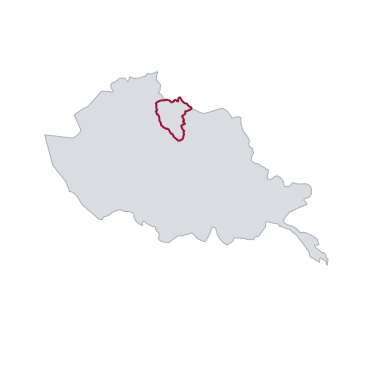 Afghanistan, with Badghis highlighted, rotated 57°
{"feature_id": "AFG-1741", "entity_name": "Badghis", "entity_type": "Province", "adm_level": 1, "iso_a3": "AFG", "parent_name": "Afghanistan", "parent_adm1": "", "projection": "mercator", "projection_center": [63.837, 35.271], "detail": "medium", "context": "in_parent", "style": "outline", "palette": "rose", "viewbox_px": 384, "rotation_deg": 57, "n_neighbors": 0, "source": "natural_earth", "source_scale": "10m", "svg_char_len": 5501}
<svg xmlns="http://www.w3.org/2000/svg" viewBox="0 0 384 384"><g transform="rotate(57 192 192)"><path d="M169.2,115.9L175.9,115.3L180.4,116.1L182.8,118.5L185.1,119.1L187.4,117.9L188.8,117.7L189.3,118.5L190.5,118.8L192.2,118.7L193.2,119.3L193.5,120.7L194.7,122.5L197.0,124.6L199.1,125.2L201.8,123.5L202.7,123.7L203.2,123.1L203.4,121.9L205.1,120.8L208.1,119.7L209.8,118.7L210.4,117.9L211.4,117.7L212.5,117.9L213.3,117.6L213.9,116.5L214.9,116.1L215.8,116.4L219.9,120.3L221.5,121.4L222.3,121.2L224.3,119.1L224.6,117.2L224.0,114.6L224.4,112.5L225.8,111.0L228.3,110.0L231.9,109.6L234.2,109.9L235.0,110.7L236.1,111.1L237.5,111.2L238.8,110.3L240.0,108.3L240.1,105.9L239.0,103.1L239.3,102.2L241.2,100.7L243.1,98.6L245.0,95.8L246.8,92.4L249.1,90.3L251.8,89.5L255.0,90.4L258.8,93.1L260.3,96.3L259.3,100.2L259.2,102.3L260.0,102.7L264.4,102.0L264.9,102.5L264.9,103.6L264.2,105.2L263.5,109.8L262.1,121.0L264.0,127.6L265.2,130.2L266.5,131.1L267.8,131.4L269.0,131.1L271.7,129.5L275.6,126.3L279.5,124.4L285.1,123.3L286.9,119.9L289.5,117.7L295.4,114.4L298.6,113.1L300.5,112.9L305.0,114.1L305.2,115.2L304.9,116.2L303.6,117.1L303.2,117.8L303.7,118.4L305.5,118.5L313.3,116.2L315.1,114.2L316.7,114.1L320.0,115.0L322.6,114.7L323.9,115.6L326.9,118.5L325.9,118.7L324.6,118.1L323.8,117.2L320.7,118.4L317.2,120.3L317.3,120.8L320.3,123.5L313.9,126.4L310.9,128.1L310.2,128.1L305.9,126.6L293.7,127.1L284.4,128.0L280.8,129.5L277.4,130.2L275.7,131.0L274.5,132.6L269.4,136.0L268.5,137.3L265.6,137.2L262.7,140.5L258.4,144.5L257.5,146.3L258.1,147.3L260.4,148.7L261.5,150.1L263.1,153.9L263.7,156.6L264.7,157.7L265.3,160.9L264.2,162.8L264.2,163.7L265.6,166.1L265.3,166.8L264.2,168.0L262.5,171.0L259.5,173.3L258.2,175.3L256.1,177.6L255.2,179.4L254.3,180.4L253.4,181.0L253.6,182.0L254.4,183.3L255.8,184.7L255.7,190.3L255.0,191.9L251.2,193.4L247.5,194.1L243.1,194.1L241.4,193.9L235.2,191.8L233.2,192.9L232.8,195.3L236.4,199.3L237.8,201.6L239.4,205.3L240.6,207.2L240.2,209.0L233.8,213.0L229.7,213.4L227.2,214.0L226.0,215.0L225.0,219.2L224.1,220.7L224.2,222.6L223.3,224.6L222.0,225.9L221.1,228.1L221.8,239.1L218.1,243.5L216.1,245.0L214.1,245.7L212.5,245.5L210.4,243.0L209.0,242.0L207.6,242.2L206.1,243.1L203.8,242.8L201.8,241.9L200.8,242.0L200.3,242.9L198.2,244.8L193.0,247.6L190.8,247.8L189.9,248.6L190.3,249.7L191.2,250.7L192.8,251.3L192.9,252.1L190.3,253.6L187.6,254.5L184.5,254.9L181.3,254.3L179.6,253.1L177.7,253.0L175.9,253.9L174.1,255.4L171.5,259.2L167.8,261.6L166.9,264.0L165.7,268.2L166.1,274.4L165.7,277.2L164.8,279.0L165.0,280.4L166.2,282.1L165.7,283.1L164.7,284.3L163.7,284.9L143.4,290.9L140.1,291.0L138.4,290.8L132.7,290.8L130.3,291.2L127.9,292.0L126.1,293.0L124.8,294.5L122.4,293.7L114.8,292.2L94.4,294.1L92.5,293.8L63.8,284.4L81.4,263.3L81.9,261.5L82.0,258.1L80.9,253.4L79.1,251.3L63.4,248.8L62.8,245.2L63.1,243.5L62.8,240.4L62.8,238.0L63.5,234.0L63.5,232.2L58.5,214.2L58.5,212.4L61.5,208.2L65.2,204.2L65.0,203.4L63.1,203.0L60.3,202.9L58.8,202.3L57.6,201.2L57.1,199.5L57.9,196.6L57.1,190.9L60.0,186.1L64.7,185.8L62.3,182.3L61.8,181.9L61.6,181.3L61.9,180.7L63.0,180.4L65.8,178.2L65.9,176.9L68.2,173.6L68.0,172.1L69.5,168.1L68.7,165.5L68.6,164.1L70.3,163.1L71.3,159.4L71.9,158.5L72.0,157.6L71.6,156.1L73.2,155.8L74.6,157.8L76.9,159.8L78.4,160.4L80.2,160.7L84.3,160.0L85.2,160.1L89.5,163.7L90.2,164.6L90.5,166.0L91.2,166.4L92.7,165.0L94.1,164.5L96.9,165.0L98.3,164.4L105.3,160.1L105.8,157.3L106.4,155.7L107.4,154.7L106.2,151.5L106.6,150.8L107.5,150.6L109.8,150.6L120.3,147.0L123.1,147.0L123.7,146.7L123.9,145.7L124.6,144.7L129.6,142.0L132.5,139.4L133.5,137.4L138.2,120.9L140.7,119.4L143.3,118.4L152.0,118.1L153.7,113.0L154.4,111.8L156.0,110.6L162.4,114.2L169.2,115.9Z" fill="#d9dde1" stroke="#a8b0b8" stroke-width="1"/><path d="M110.6,150.6L112.2,150.3L113.8,149.6L114.0,149.3L114.7,148.4L115.1,148.2L115.5,148.2L117.8,148.0L118.5,147.8L120.3,146.8L120.9,146.6L121.2,146.6L121.7,146.9L121.9,147.6L121.9,148.6L121.9,149.5L121.4,151.5L121.3,152.5L121.1,152.9L120.8,153.7L120.8,153.9L121.0,154.0L121.6,154.2L121.9,154.4L122.5,155.0L122.7,155.5L122.9,156.3L123.0,157.9L122.9,158.6L123.0,158.8L123.4,159.1L126.4,159.3L127.5,159.6L127.8,159.8L127.8,160.1L127.8,160.3L127.6,160.5L128.5,161.2L129.9,160.8L130.7,160.7L130.9,160.9L130.9,161.4L130.6,162.6L130.5,164.4L130.6,164.8L132.5,165.5L134.4,165.7L135.9,165.6L136.6,165.4L137.0,166.2L137.2,166.5L138.2,167.0L138.8,167.0L139.2,167.2L139.6,167.7L140.2,168.6L141.4,169.4L141.6,169.7L141.8,170.0L141.9,170.4L142.5,171.4L142.5,171.7L142.3,172.9L142.3,173.7L142.2,174.3L141.9,175.0L141.6,175.4L141.0,175.7L137.7,176.6L136.2,177.3L135.6,177.2L135.1,177.0L132.8,176.9L132.2,177.1L131.9,177.5L131.8,177.8L129.8,177.9L128.7,177.6L126.7,177.6L126.2,177.8L125.7,178.1L125.4,178.5L125.2,179.0L124.4,179.3L123.1,180.3L119.3,181.4L118.9,181.5L117.8,180.8L116.4,180.4L115.8,180.6L115.6,180.6L114.2,180.3L113.4,179.9L112.9,179.5L112.3,179.1L110.9,178.6L108.8,178.4L108.4,178.5L107.7,179.1L107.4,179.2L106.3,178.6L104.8,178.4L104.8,177.7L104.7,177.4L104.1,176.5L102.9,176.5L102.6,176.4L101.7,175.7L100.8,175.4L99.5,174.3L98.9,174.3L98.0,173.9L97.7,173.2L97.7,172.7L97.9,170.2L98.0,169.3L98.4,168.2L98.6,167.7L100.1,165.1L100.9,163.0L100.9,162.8L102.7,161.4L103.9,160.8L105.4,160.5L105.7,160.3L105.8,159.8L105.9,159.0L106.1,158.3L106.0,158.0L105.7,157.8L105.6,157.5L105.6,156.0L106.1,155.5L107.6,155.0L108.1,154.6L108.2,154.4L108.2,154.2L107.6,153.9L107.2,153.5L106.3,152.6L106.1,151.9L105.8,151.3L105.9,150.9L106.1,150.6L106.5,150.5L110.6,150.6Z" fill="none" stroke="#9f1239" stroke-width="2"/></g></svg>